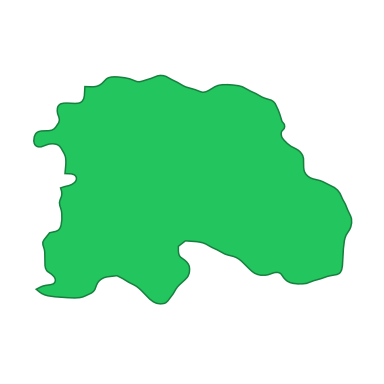 the district of Pimentel, Duarte, Dominican Republic, rotated 94°
{"feature_id": "3306468B52155686963809", "entity_name": "Pimentel", "entity_type": "district", "adm_level": 2, "iso_a3": "DOM", "parent_name": "Dominican Republic", "parent_adm1": "Duarte", "projection": "natural_earth1", "projection_center": [-70.124, 19.207], "detail": "fine", "context": "isolated", "style": "filled", "palette": "green", "viewbox_px": 384, "rotation_deg": 94, "n_neighbors": 0, "source": "geoboundaries", "source_scale": "gbopen_adm2", "svg_char_len": 3598}
<svg xmlns="http://www.w3.org/2000/svg" viewBox="0 0 384 384"><g transform="rotate(94 192 192)"><path d="M275.2,71.4L272.0,64.4L269.5,57.4L266.7,50.9L265.9,48.3L264.2,41.6L262.9,39.3L261.8,38.4L259.3,37.3L255.0,36.8L237.8,37.0L230.0,36.6L227.0,36.1L224.1,35.2L218.4,32.1L215.9,31.2L211.8,30.6L207.7,31.0L205.1,32.0L199.5,35.2L193.4,38.2L188.9,41.1L183.0,44.3L180.0,46.9L177.6,50.3L172.6,62.2L171.7,65.0L170.4,72.4L169.5,75.2L168.1,77.6L166.3,79.6L164.1,81.1L162.7,81.7L159.8,82.3L150.8,83.1L148.0,84.1L146.9,84.8L144.8,86.5L143.1,88.6L141.8,91.1L139.5,96.5L136.9,100.4L133.9,103.8L131.8,105.7L130.6,106.4L128.2,107.1L126.0,107.0L125.0,106.6L122.3,104.5L120.3,104.1L118.1,104.6L116.7,105.8L115.4,107.1L108.4,109.8L104.4,111.6L98.0,115.2L96.2,117.0L94.9,119.3L93.3,126.1L92.4,128.8L89.4,135.1L87.3,140.7L83.8,148.4L83.3,150.0L82.7,153.3L82.4,158.5L82.4,163.7L82.8,168.8L83.5,172.1L84.0,173.7L85.4,176.5L89.6,182.5L91.0,185.0L91.7,187.6L91.7,188.9L91.1,191.3L89.6,196.3L87.7,205.2L86.7,208.0L83.6,214.3L81.4,219.8L78.5,226.0L77.9,228.8L77.9,231.8L78.6,234.6L81.5,240.7L85.0,249.7L85.7,252.1L85.7,254.6L83.4,262.2L82.7,267.1L82.4,273.9L82.5,277.2L82.9,280.4L83.8,283.2L84.5,284.4L85.3,285.4L89.9,289.3L91.6,291.3L92.9,293.7L93.4,295.2L94.0,298.2L94.3,306.2L103.5,306.1L106.3,306.5L108.9,307.7L109.9,308.7L110.8,310.0L111.3,311.5L111.8,314.6L112.0,322.8L112.3,326.0L113.1,328.9L114.0,330.2L115.2,331.2L116.4,331.8L117.8,332.1L120.6,332.1L123.3,331.5L126.9,329.9L129.5,329.3L132.1,329.8L136.7,332.4L138.6,333.9L140.1,336.2L140.8,339.0L141.6,346.4L142.4,349.2L143.2,350.5L144.2,351.6L145.4,352.3L148.0,353.2L152.1,353.4L154.6,352.7L155.8,352.0L156.8,350.9L157.4,349.6L157.7,348.3L157.5,345.7L154.6,339.1L154.1,337.6L153.6,334.4L153.8,331.2L154.2,329.6L154.9,328.2L155.7,327.1L157.6,325.5L162.4,322.3L165.2,320.9L166.7,320.5L169.7,320.0L172.9,319.8L182.5,320.0L182.3,313.7L183.0,310.8L183.8,309.6L184.9,308.7L186.1,308.3L187.4,308.2L188.6,308.5L189.9,309.2L191.0,310.1L192.9,312.5L194.2,315.3L195.5,319.4L197.1,323.4L200.5,322.1L203.0,321.7L205.4,321.9L209.3,323.1L211.8,323.5L214.4,323.0L219.7,321.0L222.6,320.4L228.6,319.9L234.4,320.3L237.1,321.1L238.3,321.8L239.4,322.7L240.7,324.9L242.6,331.2L249.7,336.1L251.8,337.1L253.0,337.3L255.2,337.0L259.6,335.3L262.3,334.7L275.7,333.5L278.3,332.8L280.6,331.4L281.4,330.5L283.8,326.4L286.1,323.7L288.0,322.5L289.2,322.2L290.4,322.2L291.5,322.5L292.6,323.2L293.4,324.2L294.3,326.5L295.4,331.7L296.3,334.4L297.6,336.9L299.9,340.6L302.4,337.1L303.8,334.7L304.9,331.8L305.6,328.4L306.1,321.4L306.1,308.8L305.9,301.7L305.2,296.6L304.3,293.6L303.0,291.0L299.8,285.3L298.1,283.4L296.1,282.1L291.4,280.7L289.0,279.7L286.9,278.2L285.1,276.2L283.6,273.8L282.6,270.9L280.7,261.0L283.1,255.3L286.4,249.0L288.7,243.5L290.0,240.8L291.7,238.3L293.6,235.9L301.7,226.8L304.2,223.0L305.3,220.2L305.6,218.7L305.8,215.7L305.3,212.8L304.9,211.5L304.2,210.3L302.3,208.5L294.9,203.7L290.0,201.3L287.6,199.8L285.3,197.9L279.7,192.6L277.3,190.7L276.0,190.0L273.3,189.2L271.9,189.0L269.2,189.0L266.4,189.5L265.2,190.1L264.0,190.8L262.1,192.5L260.5,194.5L257.9,198.7L257.1,199.6L256.0,200.3L254.9,200.8L252.5,201.4L247.1,201.8L241.2,195.2L241.2,183.7L241.5,180.5L242.0,177.4L242.9,174.6L245.9,168.3L248.0,162.7L251.5,155.1L252.3,152.1L253.4,146.1L254.3,143.2L255.8,140.3L257.6,137.7L265.0,129.1L267.0,126.6L268.7,123.8L269.7,120.8L270.2,117.7L269.9,113.1L269.2,110.2L266.7,104.3L266.3,101.8L266.3,100.5L266.6,99.3L267.0,98.2L267.7,97.3L271.2,94.5L272.9,92.7L274.4,90.6L275.5,87.9L276.1,84.9L276.3,80.1L275.9,75.2L275.2,71.4Z" fill="#22c55e" stroke="#15803d" stroke-width="1.5"/></g></svg>